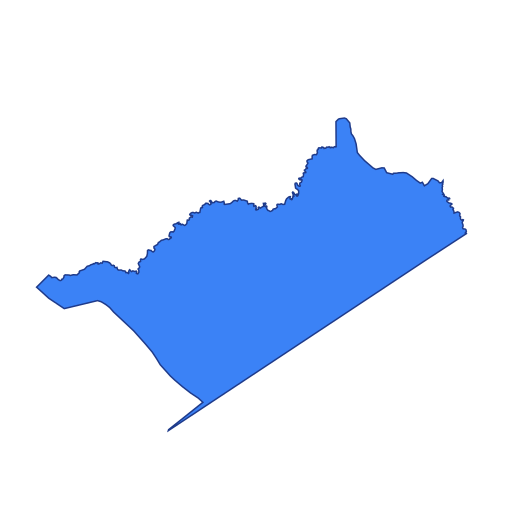 25 de Mayo, San Juan, Argentina, rotated 135°
{"feature_id": "61730980B22681975457322", "entity_name": "25 de Mayo", "entity_type": "district", "adm_level": 2, "iso_a3": "ARG", "parent_name": "Argentina", "parent_adm1": "San Juan", "projection": "natural_earth1", "projection_center": [-67.911, -32.038], "detail": "fine", "context": "isolated", "style": "filled", "palette": "blue", "viewbox_px": 512, "rotation_deg": 135, "n_neighbors": 0, "source": "geoboundaries", "source_scale": "gbopen_adm2", "svg_char_len": 6085}
<svg xmlns="http://www.w3.org/2000/svg" viewBox="0 0 512 512"><g transform="rotate(135 256 256)"><path d="M416.1,389.1L433.2,389.1L432.4,372.6L428.8,354.4L399.6,336.5L397.8,333.1L396.5,327.8L395.9,323.0L396.3,317.0L395.4,289.6L396.4,272.1L397.3,261.5L398.9,253.7L400.6,246.8L401.4,231.8L401.2,225.5L400.4,215.5L399.1,205.2L397.3,196.4L397.0,190.1L440.6,195.0L441.5,194.5L137.2,132.7L90.7,122.9L91.9,123.6L91.8,124.3L89.9,124.6L88.9,126.3L89.1,127.2L90.3,128.7L90.1,129.6L89.7,130.2L88.7,130.5L87.7,131.5L86.8,133.5L86.3,134.1L84.5,134.5L83.8,134.9L84.0,135.5L85.1,135.8L85.3,136.3L85.3,137.2L84.9,138.0L83.6,139.2L83.7,140.2L83.5,140.5L81.7,141.8L81.6,143.1L82.2,144.6L85.6,146.3L84.4,147.8L83.9,149.6L83.1,149.7L82.6,150.1L82.8,152.1L83.8,153.0L83.6,153.8L82.9,154.4L80.9,154.1L80.6,154.4L81.0,155.6L82.0,156.9L82.4,159.0L82.3,159.9L81.6,160.4L80.8,160.1L80.2,159.4L79.4,160.5L79.1,159.9L78.5,159.6L78.3,160.1L79.4,161.3L79.8,163.0L79.7,163.6L80.4,164.3L80.9,165.4L79.9,165.8L80.3,167.3L79.5,167.0L78.8,170.1L77.1,171.3L76.0,172.8L74.9,173.2L74.2,174.5L73.2,174.6L72.5,175.4L71.4,176.0L70.5,177.0L73.0,176.6L74.5,178.1L74.2,180.4L75.9,185.6L77.0,186.6L83.4,185.6L87.3,186.6L86.2,190.5L88.3,191.4L89.1,196.1L89.5,201.5L90.9,208.3L92.9,210.9L96.5,214.1L98.0,215.1L100.3,217.3L101.5,217.1L104.7,222.5L103.1,227.6L104.7,229.4L110.0,232.5L111.0,235.6L111.8,246.7L111.6,253.9L111.2,257.5L106.0,264.4L103.4,269.3L102.5,272.4L102.2,274.9L100.9,276.9L99.2,278.7L98.1,280.7L95.6,283.8L95.1,289.2L95.9,291.0L99.7,293.9L100.9,294.5L104.4,294.5L122.1,276.6L122.5,276.8L122.7,277.4L123.5,277.9L124.8,277.9L125.5,279.4L126.0,279.4L126.8,279.9L127.0,280.3L126.7,280.8L127.1,281.2L127.1,281.6L127.9,281.8L129.2,283.1L130.5,282.9L131.3,283.8L131.8,283.9L131.5,284.9L132.1,286.2L132.4,286.5L133.2,286.0L135.1,288.1L135.9,288.1L136.7,287.4L137.9,287.6L139.0,286.5L139.5,285.6L141.6,284.9L142.9,286.4L144.9,287.3L145.8,286.8L147.6,285.0L150.7,287.0L151.7,287.3L152.8,287.2L153.4,286.3L153.5,285.1L154.0,284.8L157.2,284.2L157.6,283.6L157.1,282.6L157.3,281.9L157.7,281.6L158.2,281.9L158.4,282.4L160.1,282.2L161.0,282.5L161.4,282.1L161.4,280.1L161.8,279.8L163.6,281.1L164.1,281.1L164.6,280.1L166.5,278.7L167.7,279.3L169.5,279.5L170.4,280.5L170.9,280.6L171.3,279.9L171.0,278.5L169.9,278.2L169.7,277.7L169.7,277.1L171.7,276.1L173.4,276.6L174.5,275.8L174.9,274.5L175.6,274.2L176.2,274.8L176.5,276.6L175.7,278.4L175.9,279.2L176.8,279.7L177.6,279.3L180.0,276.0L179.9,274.8L179.6,274.0L179.7,272.0L181.6,270.1L183.5,269.1L184.3,269.0L184.8,269.5L184.6,269.9L183.1,270.0L182.9,270.4L183.1,270.8L184.6,271.3L185.0,271.7L185.1,272.1L184.5,274.4L184.7,275.2L185.4,275.1L186.3,273.1L186.7,272.8L186.9,271.5L187.4,271.5L187.6,272.1L190.0,270.6L190.4,271.3L191.0,270.8L191.6,272.2L191.1,272.9L189.7,273.7L190.1,274.1L191.2,274.6L194.0,274.8L195.8,274.2L199.2,272.3L200.5,273.4L201.3,275.2L202.5,275.5L204.1,277.3L204.6,277.5L205.2,277.3L206.2,275.5L208.9,275.7L209.7,276.5L211.0,277.0L211.9,276.5L214.2,277.2L214.6,277.7L214.9,279.2L215.4,279.9L214.9,282.0L214.5,282.6L213.4,283.2L213.2,283.8L214.4,284.1L214.4,284.8L213.7,285.7L212.0,286.0L211.9,286.7L213.6,288.0L214.2,287.0L215.5,285.7L216.4,286.2L219.1,286.8L219.1,287.8L219.4,288.6L220.1,288.7L220.8,287.6L221.4,287.4L223.3,288.3L223.5,288.7L223.2,289.3L222.2,289.4L222.1,289.9L220.8,291.0L220.7,291.9L222.4,292.6L222.2,293.1L220.9,294.1L220.6,294.6L222.0,296.4L224.1,298.0L224.8,298.1L224.4,299.5L223.4,300.9L225.1,304.3L226.8,305.8L226.6,308.2L226.8,308.6L227.8,309.2L228.6,308.4L230.5,308.0L231.1,309.7L232.2,310.6L233.2,310.9L234.9,310.9L237.2,311.2L241.7,314.6L241.8,315.2L241.1,315.7L240.1,317.5L242.4,318.6L243.4,319.4L244.6,321.2L245.3,323.0L246.1,323.4L246.9,323.5L247.6,323.3L249.4,324.6L248.9,326.0L248.8,327.3L249.3,327.7L250.0,327.7L250.2,325.9L250.7,325.1L251.4,324.5L252.6,324.9L252.9,325.9L252.8,327.3L253.6,327.8L253.9,328.7L254.9,328.9L255.6,328.6L258.2,329.5L259.0,329.0L259.6,328.1L260.0,328.2L260.4,328.8L261.2,329.0L264.9,326.5L265.7,327.1L266.3,327.1L266.7,327.6L267.3,329.2L268.9,329.7L269.7,331.3L270.4,331.9L272.0,332.4L273.4,332.3L273.7,331.7L273.6,330.9L272.9,330.6L272.4,329.3L273.6,328.5L274.2,329.5L276.3,329.9L276.9,329.5L277.3,329.0L278.0,328.8L278.6,329.1L278.8,329.7L279.2,330.0L282.1,327.8L284.2,327.8L284.9,328.1L285.6,330.5L286.8,330.9L287.1,331.4L286.6,332.1L286.8,332.8L287.1,333.0L287.9,332.8L288.3,333.3L288.3,334.0L287.0,334.0L286.7,334.4L287.8,334.9L290.0,335.4L291.2,336.3L292.3,336.5L292.8,336.4L293.1,335.9L293.0,333.3L293.9,332.5L296.4,331.5L297.1,331.5L297.8,331.6L298.0,332.3L299.4,333.4L300.7,333.3L303.3,331.7L303.6,330.9L302.7,329.8L302.6,329.3L302.9,328.9L303.6,328.8L304.2,329.2L305.4,329.0L306.4,329.7L306.6,331.1L307.6,331.9L310.2,333.0L311.8,334.0L314.6,334.2L315.4,334.6L317.4,333.8L321.4,334.9L322.4,333.9L322.7,333.3L322.6,332.3L322.9,332.0L324.1,331.5L325.5,331.4L326.1,332.0L326.3,332.8L326.3,334.3L327.0,334.8L327.5,336.2L328.0,336.5L328.8,336.6L331.2,334.4L333.5,333.0L336.9,332.8L338.7,333.8L339.4,335.2L339.8,335.3L340.3,335.1L341.4,333.8L342.1,333.9L342.7,334.4L343.9,334.2L344.6,333.9L345.8,330.7L346.6,330.2L348.6,330.2L348.9,328.9L350.2,327.4L351.9,326.9L352.6,327.3L352.8,328.5L351.8,328.9L351.3,329.5L351.3,330.0L352.8,330.9L353.6,332.6L354.7,332.8L355.2,333.1L355.0,335.6L355.8,335.6L357.2,334.9L357.8,334.0L358.5,333.8L358.9,335.5L359.8,336.3L359.3,337.3L359.2,338.0L360.7,339.8L361.2,341.4L363.1,343.1L363.4,344.3L362.4,346.3L363.0,346.5L363.8,347.6L363.9,348.2L363.1,349.3L363.4,350.3L364.5,351.0L364.7,352.1L364.4,352.9L364.3,354.9L364.8,355.6L364.9,356.6L367.9,360.4L369.9,359.7L370.7,361.0L372.1,361.2L373.3,361.9L372.6,363.0L373.6,363.9L374.0,364.6L375.8,364.8L376.4,365.6L377.0,365.5L379.0,366.6L380.6,366.9L382.6,368.1L386.7,367.9L391.3,370.1L392.1,369.9L392.7,369.1L396.0,369.2L398.5,372.0L401.2,373.6L401.6,374.7L404.3,377.6L405.6,377.8L406.9,376.8L408.6,376.4L409.3,376.5L409.8,376.9L410.2,376.5L411.0,376.6L411.9,377.1L412.5,379.1L412.4,381.3L412.7,381.8L412.5,382.1L413.3,383.3L415.7,385.1L415.6,386.9L416.1,389.1Z" fill="#3b82f6" stroke="#1e3a8a" stroke-width="1.5"/></g></svg>